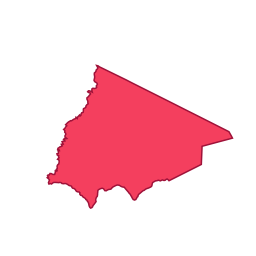 outline of Angical, Bahia, Brazil, rotated 339°
{"feature_id": "56859067B3932708379587", "entity_name": "Angical", "entity_type": "district", "adm_level": 2, "iso_a3": "BRA", "parent_name": "Brazil", "parent_adm1": "Bahia", "projection": "albers", "projection_center": [-44.765, -11.959], "detail": "fine", "context": "isolated", "style": "filled", "palette": "rose", "viewbox_px": 256, "rotation_deg": 339, "n_neighbors": 0, "source": "geoboundaries", "source_scale": "gbopen_adm2", "svg_char_len": 3327}
<svg xmlns="http://www.w3.org/2000/svg" viewBox="0 0 256 256"><g transform="rotate(339 128 128)"><path d="M221.9,174.9L221.7,173.0L220.9,167.6L209.1,154.6L201.4,146.1L188.2,131.6L180.5,123.1L173.5,115.4L148.4,87.9L143.5,82.4L123.1,60.5L122.4,59.3L121.1,58.4L121.3,59.9L121.4,61.1L120.3,62.0L119.0,62.5L118.5,63.5L117.5,64.2L116.3,64.6L115.7,65.9L115.3,68.0L114.7,69.4L113.9,70.4L113.3,71.6L113.7,73.1L114.5,74.0L115.1,75.1L115.1,76.2L114.3,76.8L113.4,77.4L113.4,78.7L112.3,79.3L110.8,79.1L109.5,78.3L108.3,78.6L107.7,80.0L107.5,81.7L106.6,80.6L105.7,79.7L104.4,79.1L103.3,79.7L103.8,80.6L104.5,81.3L105.3,82.0L105.1,82.9L103.7,83.6L102.3,84.5L101.4,84.8L100.5,85.1L100.0,86.3L100.1,87.9L100.0,89.1L99.5,90.1L99.5,91.1L97.8,91.6L96.6,92.4L95.9,93.7L94.5,93.9L93.4,94.0L92.8,95.0L92.5,96.1L91.7,97.3L90.2,97.2L89.1,98.2L88.5,99.4L87.6,99.6L87.4,98.5L86.2,99.1L84.9,99.7L84.1,100.9L83.3,99.3L82.5,100.4L81.3,100.4L80.2,100.4L79.2,100.7L77.9,101.0L77.0,100.6L76.0,100.8L74.7,101.0L73.5,101.4L72.2,102.0L70.9,102.6L71.6,104.0L70.0,104.8L68.8,105.8L67.4,106.2L68.1,107.9L67.4,109.3L67.9,110.6L67.6,111.7L66.5,112.5L66.0,113.6L66.5,114.7L67.1,115.9L66.1,115.7L65.0,115.0L63.8,115.5L64.5,116.6L64.4,117.5L63.1,117.1L61.5,117.1L61.7,118.8L61.7,119.8L60.8,119.4L59.9,119.3L60.2,121.1L58.7,121.3L57.6,121.2L56.6,121.6L55.4,121.8L54.6,122.9L55.7,123.5L55.8,124.6L54.5,124.4L54.5,125.5L53.9,126.7L52.4,126.6L52.3,128.0L53.4,128.9L52.8,129.9L52.9,131.1L51.9,131.4L51.0,132.0L51.8,132.7L52.0,133.9L51.3,135.5L50.4,136.8L49.5,137.0L48.6,137.6L48.0,138.5L47.8,139.4L47.5,140.4L46.2,141.0L46.7,142.0L46.1,142.7L44.8,141.9L44.4,143.0L43.8,143.9L42.9,145.1L41.2,144.4L40.1,143.1L38.9,142.5L37.6,143.6L36.5,143.2L35.7,143.7L36.1,145.3L34.8,145.5L35.5,146.7L36.1,148.3L35.5,149.0L34.9,149.7L34.1,150.6L34.1,152.0L35.7,152.1L36.6,152.9L37.6,152.5L38.9,152.2L40.3,152.6L41.4,153.1L42.3,153.5L43.7,154.2L45.0,154.4L46.1,155.2L46.4,156.1L47.8,156.9L49.1,157.2L50.2,157.7L50.8,158.4L51.5,159.2L52.0,160.0L52.5,160.7L53.4,161.2L54.4,162.1L54.4,163.5L54.9,164.5L56.0,165.2L56.7,166.5L56.9,167.7L57.2,168.7L58.3,169.7L59.5,170.3L59.9,171.3L59.3,172.3L59.6,173.7L60.9,174.7L61.3,176.3L62.4,177.7L63.0,178.7L63.0,179.7L63.7,180.4L63.8,181.7L64.2,183.0L64.2,184.4L64.0,185.7L63.8,186.7L63.9,188.3L64.4,189.4L65.6,189.4L66.7,188.9L67.4,188.0L68.8,187.2L69.9,186.5L71.8,185.3L72.0,183.8L72.5,182.7L73.7,181.4L74.9,180.7L75.7,179.3L76.2,178.1L76.9,176.8L77.4,175.6L78.2,175.1L79.3,174.9L80.9,174.8L82.3,175.0L83.4,175.9L83.9,178.2L85.2,178.8L86.7,178.5L88.2,178.5L89.2,178.8L90.2,178.9L91.2,178.4L92.0,177.9L93.3,177.6L95.2,177.4L96.6,177.3L97.9,177.5L99.4,178.4L100.4,179.8L101.5,180.9L103.3,182.0L103.9,183.9L105.2,187.5L105.5,188.4L105.7,189.4L106.3,190.6L106.5,192.2L106.7,193.2L106.9,195.1L107.2,196.6L108.3,197.6L109.6,197.6L110.6,196.9L111.6,195.9L112.6,195.6L113.3,194.5L114.1,193.8L115.4,193.4L116.5,193.0L117.6,192.6L118.7,192.2L119.8,191.9L120.7,192.0L122.5,191.4L124.1,191.3L125.6,191.4L127.1,191.3L128.3,191.2L129.5,190.6L130.5,189.0L131.3,187.9L132.3,187.6L133.8,187.4L135.0,187.2L135.9,187.6L137.5,187.6L138.4,188.2L139.1,188.9L140.2,188.9L141.5,188.8L142.8,189.9L144.0,190.1L145.0,189.7L146.2,189.6L146.9,190.6L147.4,191.9L179.4,188.7L183.4,188.3L190.6,171.6L220.0,174.7L221.9,174.9Z" fill="#f43f5e" stroke="#9f1239" stroke-width="1.5"/></g></svg>